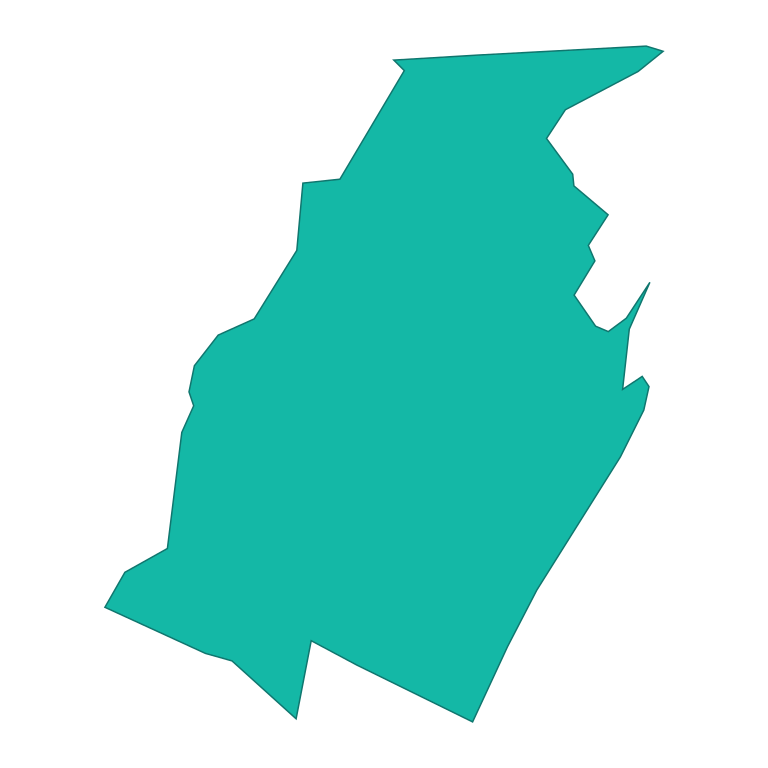 the district of Blair, Pennsylvania, United States of America
{"feature_id": "52423323B298990066873", "entity_name": "Blair", "entity_type": "district", "adm_level": 2, "iso_a3": "USA", "parent_name": "United States of America", "parent_adm1": "Pennsylvania", "projection": "robinson", "projection_center": [-78.312, 40.493], "detail": "fine", "context": "isolated", "style": "filled", "palette": "teal", "viewbox_px": 768, "rotation_deg": 0, "n_neighbors": 0, "source": "geoboundaries", "source_scale": "gbopen_adm2", "svg_char_len": 666}
<svg xmlns="http://www.w3.org/2000/svg" viewBox="0 0 768 768"><path d="M507.5,646.7L536.8,590.1L620.4,456.9L643.8,410.1L649.0,386.6L642.2,376.4L622.6,389.4L629.3,329.1L649.9,282.3L626.3,318.2L608.3,331.6L595.6,326.2L574.1,295.1L594.9,260.9L588.3,245.4L608.1,214.8L573.9,185.9L572.7,174.2L546.5,138.5L565.4,109.7L638.2,71.4L663.1,51.3L646.2,46.1L479.2,55.0L393.8,60.1L404.3,70.6L339.9,179.2L302.9,183.1L296.8,250.4L254.2,318.9L218.2,335.1L194.4,365.7L189.0,391.9L193.7,405.8L181.8,432.4L167.4,548.5L124.9,572.3L104.9,607.3L205.4,653.4L232.0,660.9L296.1,718.8L311.2,640.7L356.9,665.1L472.6,721.9L507.5,646.7Z" fill="#14b8a6" stroke="#0f766e" stroke-width="1.5"/></svg>